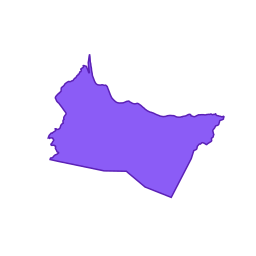 Balfate, Colón, Honduras (Equal Earth projection), rotated 48°
{"feature_id": "27666195B79832367470433", "entity_name": "Balfate", "entity_type": "district", "adm_level": 2, "iso_a3": "HND", "parent_name": "Honduras", "parent_adm1": "Colón", "projection": "equal_earth", "projection_center": [-86.341, 15.768], "detail": "fine", "context": "isolated", "style": "filled", "palette": "violet", "viewbox_px": 256, "rotation_deg": 48, "n_neighbors": 0, "source": "geoboundaries", "source_scale": "gbopen_adm2", "svg_char_len": 5496}
<svg xmlns="http://www.w3.org/2000/svg" viewBox="0 0 256 256"><g transform="rotate(48 128 128)"><path d="M99.3,207.0L106.2,202.1L143.8,174.5L159.1,158.1L160.8,158.0L183.3,154.8L208.5,142.3L193.1,101.5L188.8,94.2L189.1,93.7L189.6,91.6L189.6,91.1L189.4,90.6L188.8,89.8L188.2,89.0L187.9,88.6L187.9,88.2L187.8,87.2L187.6,85.9L187.7,85.6L188.3,85.2L188.4,84.6L188.4,84.0L188.4,83.2L188.5,82.7L189.0,82.3L189.8,81.8L190.6,81.5L191.5,81.2L192.1,81.1L192.7,80.9L193.0,80.5L192.9,80.0L193.0,78.9L193.6,75.5L193.6,74.9L193.5,74.5L193.4,74.3L191.7,73.1L191.6,72.9L191.5,72.7L191.7,71.5L191.7,71.1L191.6,70.8L191.4,70.4L190.8,69.6L190.3,68.6L190.2,68.5L189.4,68.3L188.3,67.7L188.0,67.4L187.6,67.3L187.2,67.2L186.7,66.8L186.6,66.6L186.5,66.4L186.2,65.3L185.9,63.5L185.7,63.0L185.3,62.1L185.2,61.5L185.2,61.2L185.3,60.9L185.7,60.2L186.0,59.5L186.1,58.7L186.0,58.2L185.9,57.9L185.3,57.0L184.8,56.1L184.2,55.4L184.1,55.1L184.0,54.7L184.2,54.1L185.0,52.2L185.2,51.4L185.2,51.1L185.1,50.9L184.7,50.6L184.4,50.3L184.3,50.0L184.2,49.6L183.9,49.3L183.7,49.1L183.4,49.2L183.1,49.3L182.8,50.3L182.2,51.0L181.8,51.2L181.4,51.3L180.6,52.0L179.6,52.6L179.2,52.8L178.7,53.2L178.2,53.6L177.7,53.7L177.3,53.8L176.5,53.6L176.2,53.4L176.0,53.5L176.0,54.1L176.0,54.3L175.3,55.1L174.7,56.2L174.4,56.5L173.4,56.8L173.0,57.1L172.5,58.3L171.8,58.9L171.3,59.7L170.7,60.4L170.3,61.4L170.1,61.6L169.7,62.1L168.3,63.3L168.1,63.6L167.4,64.3L166.9,65.0L166.3,65.7L165.7,66.5L165.4,66.7L165.3,67.0L165.0,68.2L164.7,68.9L164.5,70.1L164.1,71.0L163.8,71.3L163.0,71.9L162.7,72.1L161.7,72.5L161.3,73.0L160.8,72.9L160.1,72.6L159.9,72.5L159.6,72.7L158.8,73.3L158.7,73.5L158.6,73.9L158.3,74.3L158.1,75.2L157.8,76.4L157.6,77.1L157.1,77.9L156.2,79.3L155.9,79.9L155.9,80.3L155.6,80.5L155.2,81.3L154.8,82.1L154.0,82.9L153.5,83.5L152.5,84.3L151.9,84.7L150.5,85.2L149.9,85.5L149.4,85.8L148.3,86.9L146.8,88.3L145.5,90.1L145.0,91.1L144.4,92.5L143.7,93.4L143.2,94.1L142.6,94.6L142.0,95.1L140.8,96.0L140.1,96.4L139.5,96.6L138.0,97.4L137.2,97.8L136.3,98.2L134.5,98.9L133.4,99.4L132.8,99.8L131.6,100.4L131.1,100.9L130.2,101.3L129.6,101.5L128.4,102.0L127.8,102.2L126.7,102.4L125.6,102.7L124.4,102.7L123.3,102.9L122.2,103.1L119.9,103.3L119.1,103.5L118.1,103.7L116.7,104.1L116.0,104.5L115.4,105.4L115.2,106.0L114.4,107.0L113.2,107.9L112.6,108.2L111.1,108.7L110.1,109.1L108.7,109.3L108.4,109.5L107.5,110.9L107.2,111.4L107.1,111.9L106.5,113.7L106.0,114.9L103.5,117.9L102.8,118.4L102.1,118.9L101.3,119.3L100.1,119.6L99.5,119.7L97.2,119.9L95.0,119.9L93.7,119.6L92.4,119.2L91.2,118.8L85.8,116.7L85.1,116.5L83.6,115.8L83.0,115.7L82.6,115.9L82.2,115.8L81.8,115.8L81.3,115.9L80.9,116.3L80.7,116.8L80.5,117.0L80.1,117.3L79.3,117.7L78.8,118.1L78.4,118.5L77.7,119.7L77.3,120.1L76.5,120.9L75.6,121.6L75.1,121.8L74.4,122.0L73.6,122.1L72.2,121.9L70.7,121.5L66.9,120.0L65.8,119.6L65.0,119.2L63.6,118.2L62.1,117.3L60.8,116.5L58.8,115.0L57.2,114.1L55.1,112.6L53.6,111.8L49.7,108.7L47.5,107.2L48.8,109.0L51.7,112.4L52.4,113.3L52.8,113.8L53.1,114.1L53.8,114.5L54.7,115.3L55.5,115.9L57.2,117.1L59.0,118.3L60.5,119.2L60.8,119.5L61.0,119.7L60.9,119.9L60.8,120.1L60.2,120.0L59.2,119.5L58.8,119.4L57.7,118.9L56.4,118.5L55.6,118.2L55.2,118.1L54.9,118.0L54.7,117.8L54.0,117.8L53.2,118.4L52.5,118.7L51.8,119.3L51.7,119.4L51.7,119.6L51.9,119.7L52.3,119.9L52.7,120.2L52.8,120.5L53.0,120.8L53.0,121.2L52.8,121.6L52.7,122.2L52.7,123.0L52.6,123.4L52.6,123.6L52.8,123.8L53.4,123.8L53.6,123.9L54.1,124.4L54.5,125.3L54.5,125.5L54.1,126.0L54.2,126.4L54.7,127.4L55.1,128.4L55.0,128.6L54.9,128.9L54.8,129.1L55.2,129.7L55.0,130.6L55.0,131.0L55.7,133.2L55.7,133.5L55.4,134.1L55.4,134.4L55.4,134.9L55.6,135.4L55.6,135.8L55.9,136.9L55.9,137.2L55.4,138.2L55.3,138.5L55.2,139.2L54.9,139.9L54.7,140.2L53.8,140.8L53.7,141.0L53.3,142.4L53.0,145.0L53.1,145.6L53.5,146.7L53.6,147.3L53.6,147.7L53.6,148.3L53.5,149.6L53.5,150.2L53.6,150.8L53.8,151.0L54.0,151.3L55.4,152.6L55.8,153.1L55.9,153.5L56.0,154.6L55.9,154.5L55.9,155.2L55.9,157.7L56.0,158.5L56.1,159.7L56.4,160.9L56.6,161.4L56.9,161.7L57.2,162.0L58.4,162.3L59.4,162.7L60.0,162.9L60.6,163.0L62.1,163.0L63.4,162.8L64.1,162.9L67.4,163.2L68.8,163.3L71.9,163.7L73.2,163.8L74.3,163.9L75.3,164.1L75.6,164.3L76.0,164.5L76.2,164.9L76.4,165.4L76.4,166.0L76.6,167.0L76.9,168.0L77.1,168.5L77.9,169.4L78.8,169.8L78.8,170.0L78.8,170.9L78.8,171.1L80.0,172.3L80.9,172.7L81.1,172.9L81.1,173.0L80.8,173.7L80.8,174.0L80.8,174.4L81.0,175.9L81.5,176.9L82.3,178.1L82.6,178.9L82.5,180.0L82.4,180.5L82.2,181.0L81.4,181.7L80.7,181.9L80.4,182.0L80.0,182.4L79.9,182.7L79.9,182.8L80.1,182.8L81.0,182.9L81.3,183.2L81.4,183.5L81.4,183.8L81.4,184.5L81.2,185.7L81.1,186.7L81.0,187.1L81.0,187.3L81.1,187.6L81.1,187.9L80.9,188.1L80.5,188.3L80.4,188.4L80.4,188.6L80.5,189.7L80.6,190.3L80.7,191.5L81.2,192.5L81.5,193.1L81.8,193.7L82.0,193.9L82.2,193.1L82.3,192.9L82.6,192.9L82.8,193.1L82.9,193.3L83.1,193.3L83.1,193.2L83.5,192.3L83.9,191.7L84.9,190.9L85.1,190.7L85.3,190.7L85.5,190.8L85.5,191.0L86.9,191.1L87.2,191.2L87.4,191.4L87.6,192.0L87.8,192.7L87.8,193.0L88.0,193.7L88.4,194.8L88.5,195.0L88.4,195.3L88.4,196.0L88.8,196.4L89.1,196.5L89.5,196.5L89.9,196.3L90.1,196.0L90.7,195.3L91.3,194.5L91.5,194.5L92.3,194.4L92.9,194.0L93.2,194.1L93.8,194.6L94.4,195.5L94.6,195.6L94.8,195.7L96.7,196.1L98.1,196.6L98.7,196.5L99.4,196.1L100.0,196.2L100.0,196.3L100.1,196.5L100.0,198.0L99.7,199.1L99.3,200.0L99.2,201.3L99.3,202.5L99.4,203.0L99.5,203.4L99.4,204.3L99.3,204.6L98.7,205.2L98.6,205.4L98.6,205.6L98.6,206.0L98.8,206.2L99.3,207.0Z" fill="#8b5cf6" stroke="#5b21b6" stroke-width="1.5"/></g></svg>